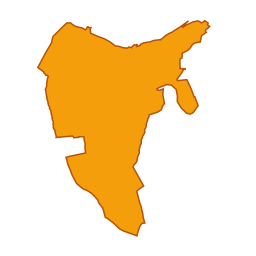 outline of Craciunelu De Jos, Alba, Romania, rotated 357°
{"feature_id": "2599482B15849138158087", "entity_name": "Craciunelu De Jos", "entity_type": "district", "adm_level": 2, "iso_a3": "ROU", "parent_name": "Romania", "parent_adm1": "Alba", "projection": "orthographic", "projection_center": [23.831, 46.153], "detail": "fine", "context": "isolated", "style": "filled", "palette": "amber", "viewbox_px": 256, "rotation_deg": 357, "n_neighbors": 0, "source": "geoboundaries", "source_scale": "gbopen_adm2", "svg_char_len": 4300}
<svg xmlns="http://www.w3.org/2000/svg" viewBox="0 0 256 256"><g transform="rotate(357 128 128)"><path d="M139.8,223.8L139.1,220.5L138.7,219.3L138.4,216.6L138.3,214.5L137.4,210.0L137.2,207.7L135.7,202.9L133.7,193.1L133.6,191.3L136.7,189.1L140.6,186.7L131.0,167.3L131.2,166.6L131.8,165.4L134.7,162.5L135.3,160.9L135.9,158.8L136.0,157.6L137.6,154.2L138.0,153.7L138.0,152.5L138.1,149.8L139.5,145.7L140.4,144.2L140.7,140.3L141.1,139.5L142.1,138.2L142.0,137.1L143.2,135.7L144.6,133.0L144.4,131.0L144.9,130.1L144.9,129.5L145.7,128.7L146.4,126.9L146.5,124.9L147.4,122.6L148.3,120.8L148.3,119.7L149.5,117.9L149.9,116.0L158.4,113.7L162.2,111.6L163.5,108.4L165.0,106.0L165.7,105.7L164.5,96.4L165.3,90.7L164.4,91.2L163.7,91.2L163.1,91.4L162.1,92.1L160.7,91.8L159.2,91.6L158.8,90.4L161.1,89.3L163.3,88.5L165.3,87.9L165.7,87.8L169.1,86.6L173.6,87.4L178.2,92.1L179.0,98.9L178.6,104.1L182.0,110.5L187.0,116.1L190.5,117.4L193.8,116.2L199.2,109.4L196.4,100.4L195.7,100.5L193.9,94.6L192.3,90.1L189.3,82.8L182.3,83.2L179.7,83.2L179.6,81.7L184.9,75.3L186.0,73.5L186.3,72.2L188.2,72.4L188.3,71.9L183.1,71.4L183.2,68.8L183.3,66.1L183.3,65.1L183.5,61.9L184.3,61.5L185.0,61.1L185.4,61.1L185.5,60.6L185.5,60.3L185.9,58.9L185.9,58.2L185.9,57.6L185.9,57.1L185.9,56.8L186.0,56.3L186.1,56.2L186.3,56.0L186.5,55.9L187.1,55.7L187.4,55.6L187.6,55.5L187.9,55.4L188.1,55.3L188.6,55.1L188.8,55.0L189.1,54.8L189.8,54.5L190.3,54.2L190.8,54.1L191.1,53.9L191.5,53.7L191.9,53.4L192.4,53.1L194.0,51.7L194.6,51.1L194.9,50.5L196.0,49.0L197.2,47.7L198.2,47.1L199.6,46.5L201.0,46.3L202.4,46.0L203.2,45.9L204.6,46.0L206.3,39.6L211.2,36.6L210.6,35.8L210.5,34.8L210.9,33.9L213.2,32.4L214.9,30.8L213.3,29.7L212.7,29.0L213.3,28.2L213.5,27.4L210.2,24.8L209.1,25.7L207.5,26.7L206.9,26.9L206.5,26.8L205.2,25.5L203.1,24.7L199.4,25.3L198.5,25.5L190.9,28.5L188.1,30.4L187.6,29.8L190.1,27.4L194.0,24.2L190.0,26.8L186.8,28.9L184.1,30.5L182.0,31.7L179.9,32.8L176.8,34.7L173.7,35.8L173.0,36.2L172.9,36.3L170.4,37.7L165.5,41.4L165.4,41.5L165.3,41.3L163.6,41.6L158.5,41.9L154.4,43.2L148.2,43.7L144.7,45.2L144.6,46.2L141.3,47.1L141.5,45.3L141.1,45.1L140.4,45.9L139.0,45.2L138.1,45.5L135.9,47.5L135.7,48.0L133.6,47.3L133.1,47.2L132.8,47.3L132.5,47.7L131.9,47.9L131.2,48.2L129.5,47.9L127.8,47.7L127.0,47.5L125.9,47.0L124.5,46.6L123.4,46.2L123.0,45.9L122.8,45.8L122.1,45.8L121.3,45.6L120.5,45.5L119.7,45.3L119.0,45.0L118.5,44.4L114.2,40.8L108.9,37.6L103.0,35.1L95.6,31.4L95.5,31.0L95.7,30.1L95.3,27.8L96.2,25.8L93.5,25.5L93.5,25.0L92.8,24.9L91.1,27.4L90.7,27.7L90.2,27.6L87.9,25.9L86.8,25.5L83.6,24.6L81.7,24.1L79.8,23.0L77.8,21.6L77.2,21.1L76.2,20.0L75.0,20.0L73.7,20.0L73.1,19.8L72.5,20.0L72.3,20.1L72.1,20.2L71.6,20.5L70.6,21.4L69.0,22.8L67.1,24.4L64.8,26.5L58.3,32.3L57.7,33.2L57.5,33.7L56.3,37.9L56.4,38.3L54.1,42.0L50.2,47.7L41.1,62.9L46.7,67.5L46.9,68.7L47.6,69.4L48.2,69.7L48.7,71.2L49.9,71.1L51.1,72.2L51.1,72.5L50.1,74.4L49.9,76.0L49.6,77.0L49.7,77.4L49.6,77.8L49.1,78.8L49.0,81.6L48.7,82.4L48.7,82.9L48.4,83.3L48.4,83.8L47.5,85.0L48.0,87.6L47.9,88.0L48.0,88.5L48.0,88.9L48.1,89.4L48.3,91.6L48.6,92.4L48.4,93.4L48.7,94.8L49.0,95.5L48.9,95.9L49.2,96.8L49.2,97.3L49.5,98.1L49.5,99.6L49.9,101.5L50.6,102.5L50.8,103.6L50.6,104.3L51.8,106.6L52.0,109.2L52.4,109.9L52.2,110.7L52.7,111.9L52.9,112.9L52.6,114.3L53.0,114.9L52.9,116.0L53.3,116.5L53.8,118.7L53.3,120.4L53.7,121.8L53.4,123.3L53.7,124.6L54.2,125.2L54.3,126.0L55.0,126.6L54.9,128.1L55.3,129.1L55.2,129.6L55.4,130.1L55.4,130.7L55.9,132.1L56.0,132.8L55.7,133.7L72.2,133.1L72.6,133.6L73.2,134.3L73.4,134.9L78.2,134.8L78.2,134.2L80.0,134.2L81.0,134.2L81.7,134.3L82.4,134.5L83.5,134.6L83.7,136.8L83.6,137.9L84.4,141.4L84.1,143.9L84.0,146.1L84.2,148.9L84.4,150.7L68.2,153.2L64.5,154.1L65.4,157.1L65.6,159.0L65.8,160.6L66.6,162.8L67.8,166.1L68.7,168.8L69.5,171.5L73.4,180.0L74.2,181.1L75.7,182.6L77.5,184.2L79.3,185.8L80.7,186.9L81.0,187.1L81.8,187.3L83.6,188.0L84.1,188.4L88.1,191.3L90.4,193.7L91.1,194.6L94.0,198.2L95.1,201.8L98.5,206.4L98.6,207.1L99.5,210.1L99.6,211.4L99.9,212.4L100.7,216.2L101.8,216.5L104.2,218.5L108.5,222.2L109.6,223.3L111.6,225.4L114.5,228.4L118.3,230.7L125.1,233.5L129.8,235.5L131.4,236.2L132.0,233.8L132.7,231.5L133.3,230.2L134.0,228.5L134.2,228.0L135.5,225.5L136.4,224.6L137.1,224.1L137.9,223.8L138.9,223.9L139.8,223.8Z" fill="#f59e0b" stroke="#b45309" stroke-width="1.5"/></g></svg>